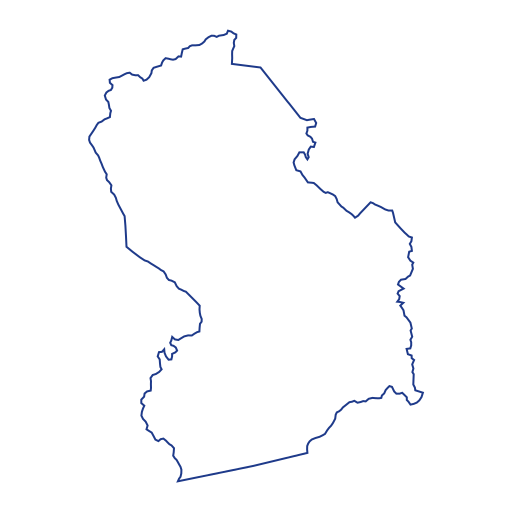 the district of Epitaciolândia, Acre, Brazil
{"feature_id": "56859067B4079075942971", "entity_name": "Epitaciolândia", "entity_type": "district", "adm_level": 2, "iso_a3": "BRA", "parent_name": "Brazil", "parent_adm1": "Acre", "projection": "robinson", "projection_center": [-68.621, -10.879], "detail": "fine", "context": "isolated", "style": "outline", "palette": "blue", "viewbox_px": 512, "rotation_deg": 0, "n_neighbors": 0, "source": "geoboundaries", "source_scale": "gbopen_adm2", "svg_char_len": 4819}
<svg xmlns="http://www.w3.org/2000/svg" viewBox="0 0 512 512"><path d="M152.7,375.0L150.5,378.1L151.0,381.2L150.9,384.1L151.0,387.9L150.7,390.6L147.1,391.4L144.6,393.5L144.1,396.7L141.3,399.6L141.3,403.1L144.3,405.7L143.0,408.5L141.9,411.8L141.4,415.6L143.0,418.9L145.7,421.7L147.6,425.5L146.5,429.3L148.8,430.8L151.7,432.6L153.7,436.3L155.4,439.6L158.4,441.1L160.6,439.2L163.4,438.6L165.9,440.6L167.5,442.3L169.4,444.2L171.5,445.4L174.0,448.2L173.7,452.3L173.2,455.7L174.8,458.2L176.5,459.8L177.8,462.0L179.0,464.2L180.5,466.8L181.4,469.7L181.3,473.4L180.5,476.8L179.1,478.6L177.9,481.3L253.4,465.9L307.4,452.9L307.1,449.4L307.2,446.0L308.2,443.5L309.6,441.4L311.8,439.5L315.5,438.0L319.6,436.8L322.8,435.2L325.0,433.9L327.2,430.3L329.0,427.9L331.1,425.7L333.0,422.9L335.2,418.7L335.7,414.7L336.8,412.4L339.1,411.3L341.1,409.7L342.9,407.4L345.8,405.1L349.4,402.2L352.1,401.7L354.3,400.8L357.5,402.7L360.7,402.0L363.2,401.1L365.7,401.4L368.7,398.8L372.4,397.9L375.9,398.2L379.0,398.3L381.3,397.9L381.9,395.5L384.2,393.4L385.7,390.0L387.7,387.8L389.4,386.1L392.0,386.9L393.1,389.2L394.2,391.5L396.4,393.7L399.5,393.7L402.2,392.8L404.7,395.2L406.8,397.3L406.8,400.0L408.4,401.6L410.5,404.6L413.7,403.9L416.8,402.6L419.3,400.4L421.5,397.1L422.9,392.7L415.3,390.3L414.9,387.6L413.3,384.5L413.7,374.2L412.4,372.1L413.4,368.5L412.2,364.4L414.1,360.0L411.7,358.2L411.6,355.5L407.9,354.2L406.6,348.9L410.3,348.4L411.2,345.4L411.2,342.2L410.4,339.8L412.2,336.7L410.6,330.5L411.8,328.5L410.4,322.6L406.5,317.3L404.5,315.7L403.5,310.3L402.0,308.0L400.3,305.6L403.3,302.8L399.5,301.9L397.3,301.7L399.2,299.1L399.7,296.1L397.6,293.6L398.6,291.2L403.6,288.6L398.0,284.5L398.9,281.9L401.0,279.7L405.5,279.0L408.1,276.6L410.1,275.5L412.9,268.8L412.2,264.7L413.3,262.6L410.4,260.7L408.1,257.2L409.2,251.7L411.9,250.9L411.4,246.9L409.8,243.9L411.4,241.2L411.9,237.5L408.8,236.5L406.5,234.3L404.7,232.7L400.4,228.2L395.2,222.4L393.0,212.8L392.2,210.5L388.4,210.5L385.1,209.4L380.9,207.0L377.5,205.5L375.0,204.5L373.1,203.2L370.6,202.3L360.2,213.2L358.1,215.7L355.0,217.7L353.4,215.8L351.6,214.1L348.9,212.2L346.5,210.8L343.3,207.7L341.4,206.5L339.7,204.6L337.6,202.3L336.7,199.1L335.2,196.1L332.9,194.5L330.1,193.2L327.8,192.2L325.7,192.9L323.6,191.8L320.4,189.0L316.6,185.3L313.8,183.0L311.5,182.7L307.9,182.4L304.6,177.6L302.4,174.9L300.5,171.4L296.3,170.2L294.4,165.4L293.6,162.5L294.6,159.3L297.4,156.0L299.4,152.3L303.7,152.3L305.1,154.7L305.8,157.1L307.4,159.4L308.7,157.2L307.6,153.8L308.8,149.5L310.8,146.6L313.9,147.0L315.4,142.6L313.0,141.8L312.0,138.6L310.4,136.8L307.7,135.4L306.4,133.5L307.4,130.6L307.4,127.6L311.1,126.9L315.1,126.6L316.2,123.0L314.0,119.0L309.5,119.7L306.9,120.2L300.4,117.8L289.2,103.6L287.5,101.6L260.5,67.5L231.9,63.9L232.2,58.2L232.1,54.2L232.2,51.0L233.1,48.8L234.3,46.1L233.8,42.9L234.3,39.9L236.2,37.9L236.3,34.5L233.5,33.3L231.3,31.6L228.0,30.7L226.8,33.7L223.7,35.0L219.0,35.7L216.7,36.9L214.2,35.8L211.5,35.7L208.5,37.2L205.7,39.4L204.4,41.5L202.1,43.5L199.4,45.0L196.0,45.3L192.2,45.3L189.8,46.2L188.2,48.0L185.3,48.6L182.7,49.3L181.9,52.7L181.1,56.6L178.5,56.4L175.6,59.1L173.0,59.7L170.7,59.3L168.4,58.7L165.6,58.2L163.3,60.4L162.1,62.5L161.1,65.5L156.7,66.8L153.6,67.8L151.8,70.4L151.4,73.2L149.2,77.2L146.5,79.7L143.6,80.7L142.4,78.6L140.2,77.2L138.1,75.2L135.6,75.3L132.1,74.6L129.7,72.7L126.8,73.2L124.6,74.2L121.8,75.7L119.3,77.0L115.6,77.6L112.4,78.2L109.6,79.7L109.9,82.8L112.5,85.1L112.3,87.7L110.9,90.0L108.6,90.8L106.4,92.5L104.8,95.5L106.0,99.5L108.3,101.9L108.9,104.7L109.4,108.0L111.0,110.8L110.3,113.2L109.9,117.1L107.0,118.4L104.6,119.3L101.6,121.6L98.4,122.8L96.7,125.1L95.3,127.7L93.2,131.0L91.5,133.5L89.4,136.6L89.1,139.9L90.0,142.6L92.0,145.3L93.5,147.5L94.6,150.0L95.7,152.6L98.1,155.4L99.1,157.5L100.2,160.6L101.6,163.8L102.8,167.0L105.0,171.7L106.7,174.3L106.2,177.7L107.0,180.1L109.2,182.2L111.4,185.3L110.9,188.6L111.2,191.8L114.2,194.6L115.9,197.9L116.7,200.8L118.3,204.5L123.2,213.7L124.6,216.1L125.4,225.7L126.0,236.4L126.5,246.8L132.6,251.8L136.7,254.9L139.9,257.3L144.6,260.4L147.9,261.5L151.0,263.6L153.5,265.1L156.5,267.0L158.8,268.4L160.9,270.0L163.6,271.4L165.7,274.5L166.9,277.8L168.9,280.0L171.4,280.6L174.8,282.3L176.7,286.2L178.9,288.7L181.1,289.6L183.8,291.0L185.9,291.7L196.0,301.8L197.9,303.8L199.7,305.7L199.5,309.4L199.8,312.8L200.4,315.8L201.7,319.0L201.6,321.7L200.0,323.8L199.6,327.8L199.4,331.5L197.2,332.1L194.4,333.7L191.8,335.5L188.1,335.4L184.2,336.4L180.7,338.5L178.3,340.0L174.9,339.4L172.2,336.9L171.3,340.5L170.2,342.8L171.3,345.2L173.5,345.8L175.8,347.5L177.1,350.6L175.3,352.4L172.1,353.9L172.1,356.4L171.4,359.4L168.6,359.7L166.0,356.4L164.5,352.7L164.2,349.3L161.9,351.9L159.0,352.1L157.7,356.4L159.7,359.4L160.0,363.6L160.4,367.0L161.6,369.3L159.2,371.9L155.9,374.0L152.7,375.0Z" fill="none" stroke="#1e3a8a" stroke-width="2"/></svg>